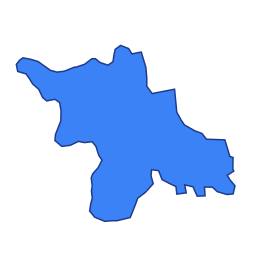 Yongin-si, Gyeonggi, South Korea, rotated 349°
{"feature_id": "91817680B86612267469181", "entity_name": "Yongin-si", "entity_type": "district", "adm_level": 2, "iso_a3": "KOR", "parent_name": "South Korea", "parent_adm1": "Gyeonggi", "projection": "equal_earth", "projection_center": [127.213, 37.219], "detail": "fine", "context": "isolated", "style": "filled", "palette": "blue", "viewbox_px": 256, "rotation_deg": 349, "n_neighbors": 0, "source": "geoboundaries", "source_scale": "gbopen_adm2", "svg_char_len": 1295}
<svg xmlns="http://www.w3.org/2000/svg" viewBox="0 0 256 256"><g transform="rotate(349 128 128)"><path d="M87.3,58.0L76.3,60.1L69.0,59.6L62.9,56.6L58.4,51.9L52.3,45.5L45.6,42.0L38.4,39.1L36.9,39.7L34.5,40.8L30.5,44.3L30.5,51.4L38.3,55.5L40.6,60.7L42.8,66.6L47.8,73.0L50.0,81.8L53.4,85.9L61.8,85.9L65.7,90.0L65.6,98.2L63.4,108.2L55.6,120.5L54.4,124.6L53.9,126.4L59.5,133.4L67.9,134.0L76.8,131.7L82.4,134.0L90.2,134.6L93.0,139.9L94.1,149.3L96.3,154.6L91.3,161.1L84.6,166.3L82.4,169.9L81.8,178.1L80.1,182.8L79.6,189.9L76.8,195.7L74.5,202.2L78.4,209.3L87.4,215.2L93.5,215.8L99.7,216.9L113.1,216.3L119.2,206.9L124.2,198.7L132.6,194.6L142.1,187.5L141.5,179.3L143.2,173.4L149.9,175.7L151.6,185.2L158.3,190.5L163.9,194.6L163.3,202.2L172.8,202.8L172.8,194.6L180.6,198.1L182.9,208.1L190.7,209.3L191.8,200.5L199.6,202.2L203.5,207.5L212.5,212.2L218.6,212.8L222.0,205.2L218.1,198.1L216.4,193.4L223.6,190.5L223.1,188.1L225.5,177.0L222.5,175.2L221.9,168.7L220.8,158.1L202.9,154.0L199.6,147.5L192.9,143.4L184.0,135.8L181.7,130.5L178.9,121.7L181.1,98.8L158.3,98.8L154.4,90.6L156.0,82.4L157.1,71.9L155.5,56.0L146.0,56.0L143.8,50.2L136.5,45.5L130.4,48.4L128.1,53.7L125.9,60.1L120.3,62.5L113.1,58.4L109.2,53.7L105.8,53.1L97.5,57.2L88.0,58.4L87.3,58.0Z" fill="#3b82f6" stroke="#1e3a8a" stroke-width="1.5"/></g></svg>